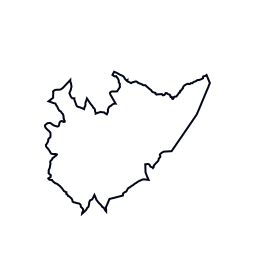 Tenochtitlán, Veracruz, Mexico (Albers equal-area conic projection), rotated 66°
{"feature_id": "50627088B5329329942302", "entity_name": "Tenochtitlán", "entity_type": "district", "adm_level": 2, "iso_a3": "MEX", "parent_name": "Mexico", "parent_adm1": "Veracruz", "projection": "albers", "projection_center": [-96.947, 19.825], "detail": "fine", "context": "isolated", "style": "outline", "palette": "ink", "viewbox_px": 256, "rotation_deg": 66, "n_neighbors": 0, "source": "geoboundaries", "source_scale": "gbopen_adm2", "svg_char_len": 5601}
<svg xmlns="http://www.w3.org/2000/svg" viewBox="0 0 256 256"><g transform="rotate(66 128 128)"><path d="M64.1,181.6L65.6,182.0L66.9,182.7L69.9,184.1L71.3,189.7L73.5,187.4L74.7,186.2L76.1,184.4L77.0,184.3L78.5,184.3L79.3,183.9L80.8,184.0L83.0,183.9L84.3,183.6L85.7,182.6L87.3,182.4L88.9,181.8L90.9,182.0L91.9,182.6L92.8,182.6L93.2,183.0L94.2,183.0L95.2,183.0L96.1,183.0L96.6,183.5L96.2,184.5L94.8,185.4L94.5,186.9L95.2,188.3L97.0,189.6L98.1,190.7L97.9,192.0L96.4,193.7L95.2,195.0L92.1,196.7L91.5,197.5L90.9,199.5L91.3,201.4L91.6,202.5L92.6,203.1L94.2,203.2L96.7,202.3L98.7,201.4L100.7,200.8L102.9,201.6L104.9,202.7L105.2,204.1L105.9,205.5L106.9,205.8L108.4,207.2L109.5,208.8L110.1,209.9L111.2,210.3L112.8,210.1L114.3,209.5L116.0,209.2L117.3,208.9L119.1,208.8L120.1,208.6L120.8,207.9L121.5,206.9L121.9,205.6L122.5,204.4L123.2,203.7L123.9,204.6L124.0,205.7L124.2,206.4L124.6,207.2L124.7,208.3L125.0,209.5L125.8,210.0L126.3,211.3L126.8,212.5L128.1,213.2L129.1,213.3L130.6,214.4L131.7,215.1L132.7,215.8L133.7,217.0L134.7,217.9L136.0,218.2L136.7,218.9L138.5,218.4L139.7,217.7L141.3,218.7L141.6,221.3L142.3,221.2L143.0,221.0L143.7,220.3L144.5,218.6L145.4,218.5L146.4,218.1L147.3,217.9L147.9,217.3L148.7,217.1L149.2,216.5L150.3,215.4L151.5,214.9L152.6,214.2L153.6,213.7L154.9,213.3L156.6,212.7L157.6,212.6L158.7,212.3L159.7,212.1L160.3,211.6L161.0,211.0L161.7,210.4L163.1,211.2L164.3,210.4L165.5,210.5L166.6,209.6L167.8,209.0L169.7,208.2L171.2,208.2L172.7,208.5L173.8,207.8L174.8,206.3L175.6,205.6L176.3,204.6L177.0,203.5L177.8,202.9L178.9,202.6L181.1,203.1L182.0,202.5L182.9,202.3L183.9,202.0L185.1,202.5L185.8,203.0L186.8,204.3L187.6,204.8L186.2,200.5L185.8,199.7L185.3,198.8L184.5,198.0L184.1,196.6L183.7,196.0L181.8,194.6L180.1,193.6L178.8,192.3L178.7,191.2L178.7,190.4L178.5,189.5L177.8,188.7L177.2,187.7L176.6,187.2L175.5,185.9L177.5,185.9L179.3,186.0L180.7,186.1L182.2,185.7L183.6,185.4L185.1,184.9L186.6,184.3L188.1,183.8L189.1,183.7L189.9,183.5L190.6,182.7L191.7,182.5L192.6,182.4L193.6,182.4L195.3,181.9L193.9,181.3L192.7,180.9L191.5,180.4L190.6,179.5L189.7,178.5L188.8,177.5L185.3,173.8L186.0,169.8L186.9,164.6L187.6,160.1L185.8,159.1L185.3,157.1L185.4,155.8L184.7,154.5L183.8,153.5L183.1,152.3L182.9,150.7L182.6,149.1L182.3,147.9L182.3,146.6L181.9,145.5L181.6,144.3L181.5,142.7L181.2,141.5L181.0,140.2L181.0,138.3L180.9,136.6L181.1,135.1L181.7,133.8L182.3,132.8L183.8,130.3L180.1,130.3L175.6,130.0L168.2,127.0L168.6,125.9L168.8,124.8L169.4,123.9L170.3,123.3L171.3,123.2L172.1,123.3L173.2,122.6L173.7,121.7L174.7,121.5L174.2,120.5L172.8,119.6L172.1,118.1L171.5,116.9L171.0,115.4L170.3,113.9L169.3,112.7L168.4,112.3L168.0,111.1L167.7,110.4L166.8,109.9L165.9,110.0L165.2,109.7L164.8,108.9L164.4,107.4L164.1,105.1L165.1,102.4L166.9,97.6L164.8,94.2L164.3,93.3L161.3,88.5L156.8,81.1L154.6,77.6L152.5,74.1L150.3,70.5L149.5,69.3L148.6,67.8L146.7,64.7L143.6,59.7L141.2,57.1L137.2,52.8L133.4,48.8L132.2,47.5L130.3,45.5L129.4,44.6L127.1,42.1L126.3,41.3L123.1,37.8L122.0,36.8L120.2,34.9L115.3,34.8L111.5,34.7L111.8,35.8L111.8,36.8L111.5,37.6L111.5,38.2L111.9,38.8L113.1,39.3L113.2,41.2L113.1,43.3L112.6,44.6L112.5,46.0L112.9,46.9L112.7,48.4L112.7,49.5L113.0,50.4L113.2,51.2L112.5,52.5L113.0,53.5L112.7,54.5L112.3,54.7L111.9,55.6L111.8,57.3L112.1,58.9L112.3,59.9L112.9,60.8L113.4,61.2L113.7,61.7L114.0,61.7L114.2,62.0L114.5,62.6L114.5,62.9L114.6,63.4L115.0,63.6L115.1,63.9L115.4,64.4L115.5,64.7L115.4,65.4L115.8,65.8L116.3,65.8L116.7,66.2L116.7,67.1L116.8,67.6L117.3,68.1L117.8,68.9L118.1,69.7L118.5,70.2L118.9,71.3L118.6,71.9L118.4,72.7L118.4,73.5L118.9,73.9L119.6,74.5L119.8,75.0L119.5,75.6L118.8,75.7L118.1,75.4L117.4,75.4L117.3,76.1L117.0,76.5L116.3,76.4L115.7,76.3L115.2,76.1L114.6,76.3L114.0,76.9L113.6,77.4L113.1,77.8L112.6,78.1L112.1,78.2L111.8,78.6L111.4,79.3L111.6,79.9L112.2,80.2L112.5,81.1L112.6,81.8L112.4,82.7L112.1,83.0L111.6,82.8L111.1,83.1L110.6,83.6L110.4,84.3L110.0,85.4L109.6,86.6L109.2,87.5L109.2,88.2L108.6,88.7L108.1,88.9L107.3,88.6L106.9,88.8L106.6,89.4L106.1,89.7L105.8,90.2L105.2,90.8L104.1,91.4L103.4,91.3L102.9,91.4L102.1,91.9L101.2,92.4L100.4,92.8L99.2,93.3L97.7,94.1L96.5,94.5L95.7,95.1L95.6,95.7L95.2,96.5L94.9,96.9L94.7,97.0L94.1,97.1L93.8,97.6L92.5,98.7L92.0,99.4L91.5,99.7L91.4,99.9L91.1,100.2L90.8,100.5L90.2,100.6L89.7,100.8L89.4,101.2L88.7,101.7L88.4,102.7L88.4,104.0L88.0,105.4L88.3,106.9L86.0,108.7L85.5,109.3L84.9,109.6L83.9,109.0L84.0,109.9L84.0,110.0L82.7,110.6L81.7,110.8L79.5,111.0L78.3,111.6L77.3,112.5L76.0,113.7L74.5,114.8L72.8,116.0L71.9,117.0L71.0,117.8L73.2,120.6L74.4,119.9L75.6,119.0L75.8,117.8L77.2,117.5L78.7,117.1L80.3,117.1L81.2,117.2L82.3,117.8L83.7,117.6L84.6,117.5L85.4,118.1L86.3,118.4L87.3,118.7L90.1,123.1L89.3,125.2L88.2,127.6L88.0,128.6L88.1,128.9L88.3,129.8L89.0,130.4L90.4,130.5L100.7,129.4L100.2,130.5L100.1,132.0L100.4,133.6L100.8,134.7L100.8,135.6L101.2,137.0L102.0,137.8L102.8,138.7L103.5,139.1L104.3,139.3L105.5,140.2L106.9,141.8L105.8,142.5L104.7,143.2L104.1,143.4L103.4,144.5L102.9,145.6L102.2,146.4L102.0,148.3L101.9,149.2L101.8,150.2L101.8,151.7L100.5,151.3L99.4,151.3L98.0,150.8L96.5,150.8L95.2,151.5L93.9,151.5L89.6,152.6L84.3,153.5L85.9,154.9L87.6,156.6L89.5,157.5L90.4,158.0L91.2,159.2L92.9,160.4L90.9,162.2L89.6,163.5L88.7,164.6L87.6,165.7L86.4,165.9L83.8,165.7L82.0,165.6L80.6,165.5L79.7,165.3L79.1,164.9L78.3,166.5L77.5,167.2L75.6,167.5L73.9,167.4L72.4,167.4L71.3,166.3L69.9,164.8L68.5,163.8L67.3,162.8L65.7,162.4L64.0,161.9L62.6,161.9L61.8,161.7L60.7,161.2L64.8,171.0L65.2,172.6L65.4,173.6L65.1,175.0L64.5,176.6L63.9,178.0L63.6,179.2L63.7,180.0L64.0,181.3L64.1,181.6Z" fill="none" stroke="#020617" stroke-width="2"/></g></svg>